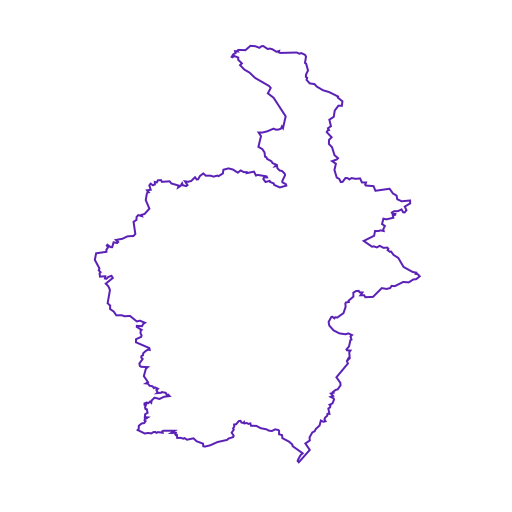 Santa María del Oro, Jalisco, Mexico (Equal Earth projection), rotated 264°
{"feature_id": "50627088B36716860134326", "entity_name": "Santa María del Oro", "entity_type": "district", "adm_level": 2, "iso_a3": "MEX", "parent_name": "Mexico", "parent_adm1": "Jalisco", "projection": "equal_earth", "projection_center": [-102.836, 19.525], "detail": "fine", "context": "isolated", "style": "outline", "palette": "violet", "viewbox_px": 512, "rotation_deg": 264, "n_neighbors": 0, "source": "geoboundaries", "source_scale": "gbopen_adm2", "svg_char_len": 6070}
<svg xmlns="http://www.w3.org/2000/svg" viewBox="0 0 512 512"><g transform="rotate(264 256 256)"><path d="M460.6,289.3L464.0,285.2L464.1,283.6L462.7,281.1L464.7,277.3L465.6,272.4L461.8,267.0L462.8,260.0L462.1,258.8L461.3,259.2L461.9,256.6L460.1,257.0L459.0,254.6L456.6,252.6L456.1,253.3L457.1,255.5L455.2,259.1L453.0,258.8L449.0,262.1L447.5,260.1L442.7,263.8L439.1,268.7L433.2,273.7L423.7,286.8L421.6,288.2L416.5,284.8L411.6,290.0L391.8,300.1L380.3,296.2L382.1,295.3L380.1,294.2L379.4,291.6L379.5,289.2L380.8,286.7L378.8,280.2L378.1,275.2L378.5,271.5L374.7,273.5L364.3,269.8L361.6,273.5L358.1,275.3L353.8,275.4L353.1,276.7L351.5,277.1L348.6,281.2L346.6,282.2L344.7,285.7L343.2,284.3L343.5,286.3L341.0,286.5L338.6,288.4L337.8,290.8L334.8,293.2L333.2,293.3L327.7,289.9L326.5,290.0L324.2,293.3L322.8,293.5L321.7,286.9L324.8,281.5L326.3,281.2L328.3,277.6L329.3,277.4L328.6,273.2L331.8,271.3L333.3,272.2L333.0,275.2L334.1,274.8L336.5,266.1L336.0,264.4L340.1,262.8L339.4,255.4L340.4,255.5L340.7,252.6L342.7,249.7L340.8,246.6L344.4,242.1L346.0,237.8L345.2,232.6L341.6,231.7L339.3,227.1L340.0,226.1L339.4,222.1L340.7,218.9L341.1,214.5L343.6,212.2L341.4,208.6L338.3,206.4L338.3,205.0L340.7,203.6L337.4,199.4L336.9,196.4L337.7,193.2L333.7,195.3L332.8,193.9L334.0,190.6L336.0,190.1L333.5,188.3L332.3,185.7L334.1,186.5L337.0,179.4L339.3,177.9L339.6,170.1L341.4,169.5L341.5,166.3L339.5,165.0L340.2,163.1L337.7,162.9L337.1,160.8L339.0,158.8L337.4,157.3L332.9,158.2L332.7,154.5L330.6,155.9L330.5,154.6L328.9,153.8L323.1,152.2L314.2,154.9L309.4,149.5L308.9,146.4L307.5,146.8L309.0,143.2L307.3,141.3L304.4,140.9L302.8,137.8L290.5,138.3L288.7,136.2L289.0,130.2L287.1,125.0L286.6,118.4L284.3,120.4L283.4,119.3L284.5,115.8L279.8,113.9L280.0,112.4L282.7,109.4L281.9,108.7L280.1,109.9L278.0,107.9L275.8,107.7L275.4,97.3L269.0,95.3L260.0,99.0L258.2,98.1L256.1,99.7L255.1,98.6L251.8,98.7L251.6,104.0L249.4,103.4L249.0,104.9L250.6,106.9L251.4,110.2L249.1,111.3L244.2,103.7L241.3,106.0L237.5,107.2L224.5,103.5L221.9,105.8L218.6,105.3L215.6,108.7L211.6,110.9L211.1,116.2L209.8,119.0L209.6,124.4L203.4,130.6L203.8,133.8L201.2,138.6L200.2,136.7L198.1,135.3L199.0,130.2L197.9,130.0L194.5,134.5L193.9,133.5L191.0,133.1L189.2,133.9L187.6,133.4L185.8,128.0L182.7,127.6L175.6,140.3L173.7,140.4L174.2,138.8L173.0,136.3L171.1,133.7L169.1,133.2L168.6,131.7L167.0,131.3L165.4,132.5L161.3,128.8L158.7,129.0L157.8,130.3L156.8,136.7L155.4,134.7L148.3,131.9L141.8,135.4L140.8,133.2L140.4,135.1L138.1,136.6L137.2,139.5L135.3,140.6L135.9,141.8L134.2,144.6L133.1,142.9L130.6,144.0L130.0,143.1L129.9,147.5L130.5,148.1L129.4,151.9L127.0,152.8L127.3,154.2L125.7,155.4L125.6,149.7L123.9,145.1L125.7,140.3L123.2,137.1L121.0,136.5L122.3,135.4L120.9,133.5L121.7,132.0L121.1,129.7L119.6,129.6L119.6,131.1L117.0,129.8L115.3,130.1L115.1,131.3L111.4,131.8L110.2,129.2L107.4,128.6L106.8,131.6L105.8,129.7L106.4,128.6L104.0,128.0L103.3,128.9L101.5,127.3L101.4,124.8L99.4,121.7L96.3,121.3L95.3,120.1L91.1,126.8L91.3,130.1L90.5,133.4L91.6,135.6L91.5,137.5L90.5,138.5L91.1,140.1L90.0,144.7L91.4,144.4L91.9,145.8L90.7,156.8L88.9,153.2L88.5,157.8L87.1,157.1L86.3,157.5L86.4,158.6L83.3,158.6L83.0,162.2L81.9,164.6L82.4,165.8L80.5,168.2L81.2,174.8L78.0,177.5L74.9,183.7L72.3,183.7L71.8,185.2L72.5,190.6L75.0,198.2L76.1,207.9L77.3,209.6L78.3,214.4L79.7,215.0L82.8,213.3L85.6,215.7L87.0,215.2L88.5,216.5L90.7,216.6L90.7,218.6L93.6,221.6L93.7,223.3L91.9,224.1L91.2,226.1L92.0,226.8L90.7,227.1L90.9,229.3L89.8,231.0L90.1,232.9L87.7,233.3L87.0,238.6L84.2,242.8L82.6,248.1L81.0,250.5L80.3,253.5L81.6,257.0L80.6,260.0L79.8,260.7L76.3,260.3L75.1,263.2L72.1,263.2L67.9,269.5L64.7,272.4L63.1,272.5L54.9,281.8L53.3,279.5L49.0,276.5L47.8,276.0L46.4,277.0L57.5,289.2L64.4,285.5L66.9,290.2L70.0,290.3L74.6,293.5L75.6,296.0L77.7,297.4L80.8,301.5L85.6,303.3L84.1,305.6L84.4,307.9L86.5,307.0L88.0,307.8L89.7,310.1L91.6,310.6L91.3,312.5L96.8,312.0L97.7,313.8L99.3,314.4L100.3,313.6L101.5,316.7L105.1,318.6L106.3,318.3L108.1,315.5L108.8,318.1L111.4,316.1L111.9,318.8L112.7,318.3L114.5,321.2L114.8,323.3L118.6,326.6L121.1,326.6L127.0,323.3L139.5,336.2L142.0,335.4L144.3,337.0L143.5,337.3L144.5,338.5L150.6,338.7L152.1,340.0L152.7,336.6L153.6,336.2L156.4,339.1L162.5,341.1L162.9,342.2L166.1,341.6L167.3,343.2L169.4,339.7L168.8,337.0L170.3,330.9L173.8,325.5L179.0,321.7L180.9,321.4L183.0,321.4L187.5,324.6L187.6,325.6L185.8,327.4L186.8,328.4L186.3,330.4L190.0,337.0L196.0,339.8L199.5,339.9L200.4,340.6L200.5,343.5L201.9,343.4L205.4,348.6L209.4,349.0L210.7,351.9L210.6,354.5L209.0,355.3L208.6,358.0L206.0,355.8L205.7,359.4L203.6,360.4L203.1,368.1L210.9,377.7L209.6,382.4L210.1,386.1L212.1,387.7L211.5,390.9L214.8,399.7L213.8,405.1L216.2,409.9L216.2,412.9L218.7,416.7L221.0,414.9L221.6,412.9L222.7,413.6L223.8,410.0L229.7,401.6L239.2,397.3L242.7,392.9L246.3,390.8L246.2,389.5L248.1,387.5L249.3,388.4L250.6,387.5L250.8,383.6L253.2,380.1L251.9,377.1L253.3,374.1L253.1,372.4L259.7,364.7L263.8,375.6L268.4,377.0L268.0,380.5L268.5,382.5L267.5,385.6L269.4,385.4L272.4,387.3L274.6,384.7L279.8,386.6L278.8,389.5L279.7,396.6L282.0,396.3L282.4,398.7L283.3,399.0L283.6,396.2L285.0,395.6L286.1,398.0L285.8,401.9L287.1,405.6L284.1,406.9L283.8,408.4L285.8,410.4L289.6,409.1L292.2,414.8L295.1,415.0L295.2,406.6L297.7,402.4L301.4,402.1L303.9,398.7L308.9,395.9L308.4,381.6L313.2,380.2L314.6,372.6L315.5,372.0L317.6,373.1L318.1,369.0L322.3,367.6L322.3,363.3L323.5,359.2L322.4,356.9L323.9,355.1L324.2,353.1L320.7,349.9L320.7,348.0L323.9,346.9L325.6,344.5L333.4,343.0L339.4,345.1L342.4,341.6L343.6,346.6L344.7,347.8L348.1,344.6L356.2,343.0L359.8,340.2L363.9,340.8L366.2,343.6L371.8,339.3L373.5,340.5L373.6,341.7L375.5,340.9L377.3,344.1L383.9,343.2L386.3,347.9L392.4,349.5L396.9,353.7L396.4,357.1L400.8,358.1L405.0,353.9L406.0,354.3L411.4,345.8L413.8,340.0L418.1,334.2L420.8,332.2L422.1,327.4L425.9,324.7L427.9,325.5L429.0,324.3L431.2,324.7L435.1,327.1L442.0,326.0L442.9,324.9L449.2,326.6L451.0,325.7L453.1,322.2L452.6,320.4L454.1,317.8L455.4,301.6L456.1,299.9L457.5,300.4L457.0,297.6L459.9,293.9L460.9,291.2L460.6,289.3Z" fill="none" stroke="#5b21b6" stroke-width="2"/></g></svg>